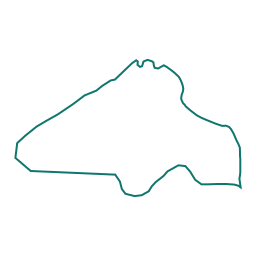 Saratok, Sarawak, Malaysia (orthographic projection)
{"feature_id": "92858781B50992839087050", "entity_name": "Saratok", "entity_type": "district", "adm_level": 2, "iso_a3": "MYS", "parent_name": "Malaysia", "parent_adm1": "Sarawak", "projection": "orthographic", "projection_center": [111.486, 1.78], "detail": "fine", "context": "isolated", "style": "outline", "palette": "teal", "viewbox_px": 256, "rotation_deg": 0, "n_neighbors": 0, "source": "geoboundaries", "source_scale": "gbopen_adm2", "svg_char_len": 1174}
<svg xmlns="http://www.w3.org/2000/svg" viewBox="0 0 256 256"><path d="M240.6,187.3L239.4,178.6L240.0,175.3L240.3,172.3L240.3,158.5L240.0,156.2L240.0,152.0L239.8,147.5L238.2,143.6L236.6,140.6L233.7,133.8L231.0,129.1L229.0,126.9L225.8,125.7L222.2,125.9L219.5,125.0L215.2,123.5L211.3,121.9L206.8,120.1L201.4,117.8L196.8,115.3L190.5,110.5L185.8,106.5L184.8,104.9L183.0,103.1L181.4,99.7L181.2,97.7L181.7,94.9L182.8,91.8L183.3,88.8L182.8,86.1L182.1,83.6L180.5,79.8L178.8,76.8L174.2,72.5L169.9,69.2L168.6,68.3L166.7,66.9L163.8,65.3L158.1,68.5L154.7,67.8L153.9,65.8L153.4,62.4L151.8,61.2L147.5,59.9L143.5,61.5L142.7,64.2L142.1,66.2L140.0,66.9L137.5,64.8L137.8,61.5L136.2,60.3L132.3,63.0L119.5,75.2L114.9,79.6L110.6,80.5L102.2,85.9L96.4,90.6L84.6,95.4L72.9,104.2L66.5,108.5L58.1,114.2L46.4,120.8L36.6,126.6L25.5,135.5L17.2,143.1L15.4,157.9L30.7,171.0L114.4,174.6L115.1,174.5L119.9,181.5L121.9,189.1L125.5,193.8L134.7,196.1L141.7,195.2L148.7,191.3L151.8,186.3L155.7,182.1L163.6,175.9L167.5,171.4L178.4,165.3L185.4,166.1L190.2,171.7L195.2,179.8L201.4,184.3L208.4,184.3L217.6,184.0L226.3,184.0L234.4,184.6L238.3,185.7L240.6,187.3Z" fill="none" stroke="#0f766e" stroke-width="2"/></svg>